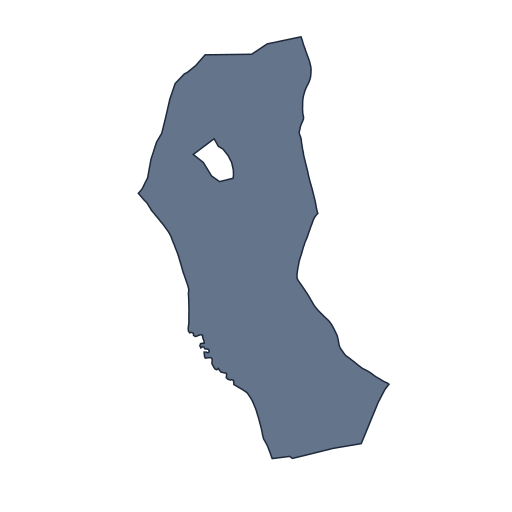 Al Bayda, Al Bayda', Yemen (Robinson projection), rotated 166°
{"feature_id": "15242507B85556873908580", "entity_name": "Al Bayda", "entity_type": "district", "adm_level": 2, "iso_a3": "YEM", "parent_name": "Yemen", "parent_adm1": "Al Bayda'", "projection": "robinson", "projection_center": [45.56, 14.065], "detail": "fine", "context": "isolated", "style": "filled", "palette": "slate", "viewbox_px": 512, "rotation_deg": 166, "n_neighbors": 0, "source": "geoboundaries", "source_scale": "gbopen_adm2", "svg_char_len": 5895}
<svg xmlns="http://www.w3.org/2000/svg" viewBox="0 0 512 512"><g transform="rotate(166 256 256)"><path d="M256.7,463.5L268.5,455.3L271.5,453.9L274.5,452.5L278.4,450.7L278.5,450.6L281.4,450.1L292.7,442.9L301.7,429.0L303.7,425.0L307.2,418.1L309.5,413.6L310.7,411.2L310.9,410.9L312.2,408.4L314.9,403.3L317.8,397.8L319.3,396.3L321.3,394.3L324.9,390.6L326.7,387.8L330.8,381.1L334.5,375.3L337.2,369.2L337.9,367.8L342.2,358.1L346.0,353.7L350.2,348.7L352.5,347.0L355.0,345.3L354.1,343.5L353.1,341.5L352.0,339.3L351.1,337.4L350.0,335.7L349.2,334.3L349.0,333.9L348.3,331.9L348.1,331.3L347.7,329.8L347.0,327.8L346.7,326.7L346.5,325.8L345.5,323.8L344.3,321.4L343.4,319.3L342.5,317.5L341.4,315.3L340.5,313.2L339.6,311.3L338.6,309.3L338.4,308.8L337.7,307.2L336.8,304.8L336.5,304.2L335.9,302.7L335.1,300.5L334.4,298.1L333.9,296.1L333.6,294.0L333.4,291.7L333.1,289.8L333.1,289.4L333.0,289.0L332.7,287.4L332.7,287.1L332.6,286.6L332.4,284.3L332.1,282.3L331.8,280.2L331.6,278.5L331.5,277.7L331.3,275.2L331.2,274.3L331.2,273.0L331.1,270.8L331.0,268.5L330.9,266.3L330.8,263.9L330.8,261.8L330.7,259.5L330.6,258.2L330.6,257.3L330.4,255.6L330.3,255.1L330.1,252.6L329.9,250.2L329.7,248.2L329.5,246.1L329.3,243.3L329.3,242.9L329.3,241.0L329.5,238.9L330.4,236.8L330.9,235.0L330.9,234.8L331.3,232.6L331.7,230.5L332.1,228.7L332.2,228.4L332.3,227.9L332.5,226.8L332.6,226.5L332.7,226.0L333.3,223.4L333.8,221.1L334.2,219.4L335.5,214.7L336.5,210.7L337.2,207.7L337.8,206.0L338.7,203.9L339.4,201.7L339.5,201.2L339.7,199.5L338.9,197.4L338.0,197.5L337.0,197.5L336.4,197.0L335.5,196.1L335.8,194.1L334.9,193.1L334.5,192.6L334.4,192.6L332.9,192.5L331.7,192.8L330.7,192.9L329.5,193.0L328.8,193.0L327.1,192.2L327.4,190.3L327.4,190.2L327.4,189.9L327.5,189.6L327.3,188.8L327.3,188.1L327.0,185.9L327.4,183.8L328.2,184.1L328.4,184.2L328.7,184.2L329.2,184.3L331.0,184.4L331.6,183.3L332.2,182.6L331.9,181.1L331.8,180.1L331.7,180.1L330.0,180.9L329.4,180.6L328.6,180.1L328.0,178.4L327.9,178.1L326.1,177.6L324.4,176.6L324.6,174.4L326.2,173.8L327.2,174.5L327.6,174.9L327.8,174.9L329.6,175.3L329.6,175.1L329.9,173.8L329.9,173.3L330.2,171.2L330.2,170.8L329.9,169.2L329.7,169.2L326.1,168.7L325.7,168.7L325.2,168.5L324.3,168.2L323.5,166.2L323.7,165.7L324.3,164.0L324.8,162.1L323.7,157.8L322.9,156.0L321.5,155.1L319.7,156.0L319.4,154.8L318.2,152.0L317.1,151.3L313.2,149.4L313.1,148.9L313.5,147.2L314.3,145.2L313.0,143.1L310.8,141.8L309.9,142.0L307.9,140.8L308.0,140.3L308.2,138.9L308.2,138.7L308.5,137.0L308.6,136.8L308.6,136.6L308.3,136.3L300.9,129.1L297.7,125.4L295.7,120.1L294.3,115.1L294.2,114.9L294.4,114.8L294.0,113.0L293.9,112.0L293.9,111.7L293.7,110.5L293.3,108.0L293.1,105.6L293.0,103.2L292.9,100.5L292.7,97.8L292.7,95.3L292.7,93.3L292.6,91.0L292.6,88.7L292.6,88.4L292.6,86.6L292.7,83.7L292.9,81.2L292.9,80.4L292.9,78.8L292.9,76.7L292.3,74.7L291.7,72.5L291.2,70.4L290.7,68.3L290.4,65.5L290.1,63.0L289.8,60.5L289.8,60.0L289.6,58.2L289.3,55.5L271.8,53.4L269.7,50.8L255.1,50.7L228.3,50.7L224.0,50.4L199.3,48.5L199.1,48.8L198.9,49.0L187.6,64.3L183.6,69.8L177.9,77.5L173.0,84.2L163.2,95.3L158.0,99.4L158.3,99.7L159.5,101.2L161.1,102.3L162.6,103.6L164.3,105.3L165.9,107.0L167.4,108.4L168.9,109.8L170.0,111.1L170.6,111.8L171.9,113.5L173.2,115.0L173.5,115.3L174.6,116.5L176.1,117.9L177.8,119.4L179.5,120.8L181.1,122.6L182.3,124.2L183.6,125.7L184.2,126.6L185.0,127.7L186.2,129.3L187.1,130.5L187.6,131.0L189.0,132.8L189.9,134.0L190.4,134.6L191.7,136.1L193.0,137.7L194.0,139.7L194.8,141.9L195.7,144.1L196.3,145.6L196.4,146.0L196.8,147.6L196.8,148.0L196.8,148.4L196.9,149.7L196.9,150.0L196.7,152.0L196.6,154.2L196.5,155.9L196.5,156.7L196.5,159.0L196.9,161.2L197.3,163.2L197.8,165.5L198.4,168.1L198.8,169.5L198.9,170.2L199.6,172.1L200.6,174.6L201.7,176.6L203.1,178.7L204.6,181.0L205.8,183.1L207.1,185.2L208.2,187.0L209.2,188.9L210.4,191.3L211.4,193.6L212.1,195.7L212.7,198.0L213.4,200.2L214.0,202.6L214.8,205.1L215.5,207.4L216.2,209.2L216.3,209.4L216.6,210.4L216.8,210.9L217.0,211.5L217.8,213.6L218.6,215.9L219.4,217.9L220.3,220.2L221.0,222.1L221.5,224.2L221.2,226.3L220.5,228.6L219.4,231.5L218.4,233.8L217.6,235.8L216.6,237.6L215.8,239.6L215.1,240.8L214.9,241.2L214.8,241.5L214.0,242.8L213.7,243.3L212.6,245.1L211.2,247.3L210.2,249.0L209.1,251.0L208.0,252.9L207.8,253.3L206.5,255.1L205.5,256.9L203.8,259.2L202.6,260.7L201.2,262.7L200.1,264.5L198.8,266.5L198.1,267.5L197.5,268.4L196.3,270.3L196.0,270.8L195.4,271.6L195.2,271.9L193.9,273.7L192.8,275.5L191.4,277.5L189.9,279.2L188.3,280.6L186.4,282.0L185.7,282.4L185.8,283.8L185.8,285.9L185.8,288.0L185.6,290.2L185.5,291.8L185.4,292.7L185.4,294.2L185.3,295.4L185.3,297.7L185.3,300.3L185.3,302.9L185.3,305.1L185.3,307.4L185.4,309.6L185.4,311.8L185.6,314.3L185.6,316.5L185.6,318.8L185.6,321.3L185.5,323.6L185.4,325.8L185.4,328.4L185.4,330.4L185.4,332.4L185.4,334.5L185.4,336.6L185.4,338.8L185.4,340.9L185.3,343.4L185.0,345.4L185.0,347.5L185.0,348.4L184.8,349.8L184.6,352.0L184.5,354.0L184.2,356.3L183.9,358.4L183.9,360.5L184.2,362.7L184.4,364.6L183.7,366.6L182.7,368.4L182.1,369.7L181.9,370.2L180.8,372.1L179.4,373.9L178.0,375.7L177.1,377.0L176.8,377.5L176.2,379.4L176.2,381.5L176.1,382.9L176.0,383.6L175.6,385.8L175.1,388.1L174.4,390.4L174.1,391.7L173.9,392.3L173.7,393.3L173.3,394.7L172.6,396.6L171.8,398.7L170.7,400.8L169.6,402.7L168.6,404.4L167.9,405.4L167.4,406.1L166.1,407.8L165.5,408.4L164.8,409.3L163.5,410.7L162.9,411.5L162.1,412.5L160.8,414.5L159.7,416.6L159.0,418.6L158.3,420.6L157.7,422.8L157.5,423.4L157.4,423.9L157.2,425.1L157.0,427.3L157.0,429.4L157.0,431.9L157.2,434.5L157.5,436.9L157.7,438.9L158.0,441.5L158.2,443.6L158.3,445.6L158.6,447.8L158.8,449.9L158.9,452.0L158.9,454.4L159.2,456.5L159.3,457.8L193.8,459.1L211.4,452.8L223.7,455.7L256.7,463.5ZM273.4,337.0L279.8,344.5L282.1,351.9L284.5,359.5L292.3,369.7L268.3,379.9L266.0,371.5L262.2,367.8L258.7,360.0L257.2,353.5L257.0,352.7L257.2,345.0L258.2,340.2L259.4,337.0L273.4,337.0Z" fill="#64748b" stroke="#1e293b" stroke-width="1.5"/></g></svg>